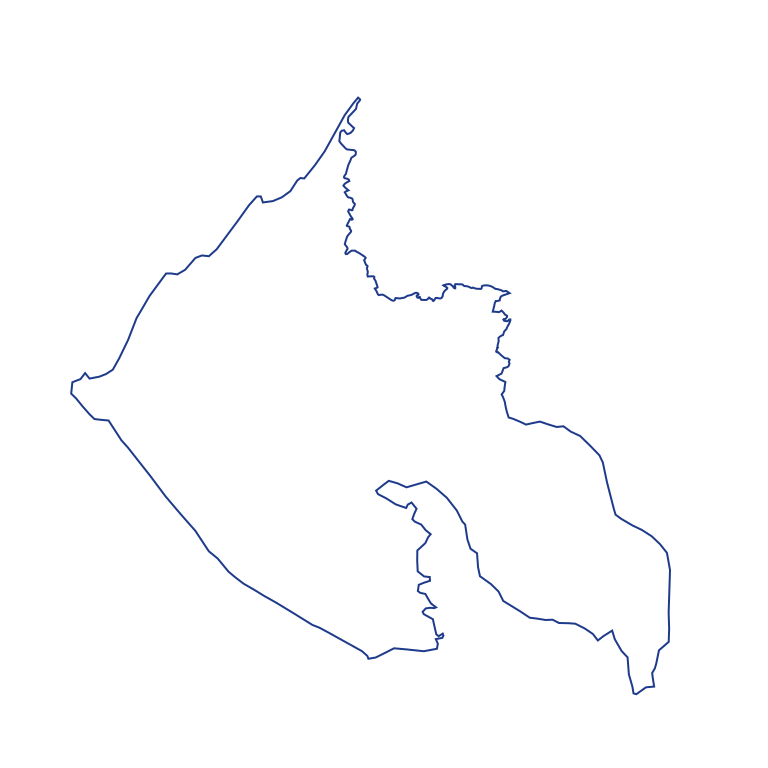 the district of Dugbe River, Sinoe, Liberia, rotated 96°
{"feature_id": "62588387B59492535947478", "entity_name": "Dugbe River", "entity_type": "district", "adm_level": 2, "iso_a3": "LBR", "parent_name": "Liberia", "parent_adm1": "Sinoe", "projection": "natural_earth1", "projection_center": [-8.749, 4.981], "detail": "fine", "context": "isolated", "style": "outline", "palette": "blue", "viewbox_px": 768, "rotation_deg": 96, "n_neighbors": 0, "source": "geoboundaries", "source_scale": "gbopen_adm2", "svg_char_len": 6111}
<svg xmlns="http://www.w3.org/2000/svg" viewBox="0 0 768 768"><g transform="rotate(96 384 384)"><path d="M641.8,303.7L636.7,303.3L632.3,305.8L630.4,299.5L628.0,298.6L626.1,299.5L629.1,303.3L627.5,305.8L621.2,308.0L612.8,310.8L608.8,320.3L606.6,321.8L602.8,319.0L601.7,314.6L601.7,310.8L600.7,308.9L597.4,314.3L593.4,317.4L588.5,320.9L587.9,326.2L586.3,328.7L580.1,328.4L577.4,323.4L574.9,317.7L571.2,318.3L571.2,324.0L566.8,330.9L556.3,332.5L546.7,333.4L546.0,333.4L538.0,326.3L531.8,324.1L528.5,321.9L525.0,327.3L519.9,332.3L517.7,338.9L515.5,341.7L510.4,340.5L504.7,338.6L499.0,344.2L501.4,347.7L505.0,349.0L502.5,359.7L497.4,370.0L494.4,377.8L494.1,378.5L490.9,380.7L484.7,374.4L479.8,369.1L481.4,360.0L482.6,356.4L484.4,350.8L480.9,342.3L476.6,331.7L482.8,320.7L490.6,309.6L502.3,298.3L512.6,291.7L515.3,288.6L529.9,284.8L538.8,280.7L541.8,275.3L542.6,273.8L556.4,271.3L565.1,268.5L571.9,256.6L578.4,248.4L587.3,242.7L596.0,224.5L601.2,214.6L601.3,207.7L601.8,198.6L600.8,191.7L603.4,185.0L602.6,175.3L602.4,168.7L606.1,158.9L610.8,150.1L616.7,144.5L611.8,139.4L605.4,131.3L613.7,127.8L624.7,119.8L630.4,113.2L647.2,110.1L658.8,105.4L665.6,103.5L666.1,100.6L658.3,91.8L656.9,84.8L656.7,83.7L648.5,85.9L643.4,87.1L638.5,84.9L633.4,84.0L620.1,82.7L610.7,73.9L597.9,74.8L581.7,77.0L579.2,77.2L568.1,78.0L560.0,78.6L539.2,80.1L524.6,84.3L522.3,85.0L514.4,92.8L507.4,101.9L502.2,112.3L498.7,122.1L495.8,128.5L493.3,134.0L489.8,140.0L484.6,142.2L458.6,151.9L439.1,158.2L432.4,162.3L423.7,172.7L415.2,183.5L411.9,193.2L407.3,201.1L408.7,207.7L407.0,216.5L405.1,225.0L407.6,232.9L409.5,238.5L407.3,244.8L405.1,252.1L404.3,256.5L398.6,259.0L394.3,260.5L388.9,262.1L384.5,264.3L382.1,265.9L378.3,263.7L374.0,263.7L369.3,263.5L367.1,269.8L364.4,272.9L361.4,268.2L355.7,266.7L354.4,263.2L353.0,261.9L350.6,261.3L349.0,262.2L346.8,261.6L345.7,263.5L345.7,266.6L343.0,270.7L340.3,274.1L340.7,274.6L340.1,275.8L339.1,275.8L337.8,275.2L336.3,275.3L335.8,274.5L335.0,275.0L333.2,275.0L330.5,274.6L329.3,274.4L327.3,274.9L326.1,274.9L324.8,273.7L323.2,271.7L323.0,270.8L320.4,270.2L319.1,269.9L316.6,268.0L313.9,267.2L310.8,265.8L307.8,265.0L306.6,265.1L306.7,266.0L308.5,267.6L308.8,269.2L308.5,271.2L307.4,272.0L306.8,271.4L306.8,270.4L306.0,269.5L304.4,268.7L303.3,268.7L302.2,271.1L300.6,272.4L298.7,274.8L299.5,275.7L300.5,277.2L300.5,280.6L300.7,283.4L298.6,283.1L295.3,282.6L292.0,282.3L289.8,281.5L289.7,280.3L288.8,277.7L287.0,277.6L285.0,277.0L283.8,275.6L280.5,268.6L278.7,272.1L279.4,275.3L278.5,277.1L277.8,280.9L277.7,283.5L276.9,284.6L275.8,287.2L275.3,289.1L275.1,292.1L275.6,295.2L276.4,296.8L278.4,296.9L279.3,297.4L279.4,299.3L279.6,301.5L279.3,303.9L278.8,305.6L279.3,306.5L279.3,307.8L278.6,309.3L278.1,311.6L278.2,314.4L276.8,316.4L276.8,317.8L277.1,321.5L277.3,323.6L278.5,323.9L280.3,323.2L281.4,323.2L281.4,324.0L281.0,324.7L280.2,325.3L279.6,325.7L279.1,326.7L277.9,328.1L277.8,329.8L278.3,332.0L279.2,334.3L279.7,335.3L280.2,334.5L280.7,332.8L281.8,331.1L282.6,331.1L284.3,332.8L285.8,333.9L288.0,334.7L290.8,334.9L292.5,335.8L293.1,337.1L292.9,340.9L293.1,341.7L294.8,342.5L295.9,343.1L296.3,343.8L296.0,344.3L295.1,344.6L294.6,345.3L294.4,346.7L293.6,347.5L293.3,348.2L295.2,349.6L295.9,350.5L296.2,352.1L296.2,353.4L296.4,354.6L296.4,355.7L295.5,356.5L294.4,357.3L293.8,357.4L293.7,358.2L294.7,358.9L294.6,359.8L293.5,360.7L292.6,360.7L291.8,359.4L291.3,359.0L290.7,359.3L290.1,360.0L289.9,361.0L290.1,362.4L292.4,365.8L293.3,368.2L293.8,369.9L295.4,371.9L296.3,373.4L296.4,374.8L297.1,376.4L297.3,378.1L297.3,381.5L299.4,382.1L300.2,383.1L300.1,384.6L299.3,386.3L298.5,387.9L297.7,389.4L296.0,392.7L295.3,394.6L295.4,395.8L295.7,396.9L296.1,398.6L295.2,399.6L292.7,401.0L290.0,403.1L289.2,401.4L288.6,400.5L287.6,400.8L282.3,403.2L281.1,404.1L280.2,404.9L278.5,404.8L278.0,405.6L278.2,407.8L278.8,411.4L276.8,412.0L274.2,411.8L270.5,413.2L268.9,412.6L268.0,413.0L267.5,414.2L266.4,414.9L262.9,416.7L261.1,415.6L260.3,415.5L259.2,416.9L258.5,418.3L256.4,422.3L255.3,425.2L254.4,426.6L254.6,428.2L254.7,430.0L256.3,432.0L258.6,434.2L258.8,435.5L257.7,436.2L255.2,435.3L253.4,434.4L252.7,434.5L251.4,435.4L249.1,437.6L247.5,437.4L244.0,436.7L241.0,436.0L238.5,434.4L236.0,432.7L235.1,432.7L233.3,434.1L231.7,434.6L231.1,435.1L230.8,437.2L230.3,437.6L225.1,435.6L223.5,435.0L224.0,433.3L223.5,432.4L222.7,432.7L220.8,434.4L218.7,435.9L217.8,436.5L216.1,437.7L214.2,437.1L214.1,436.4L214.6,434.6L214.4,433.6L213.4,433.5L211.9,433.1L210.6,432.4L209.2,431.9L208.0,431.8L206.5,433.6L205.0,434.2L203.6,434.5L202.7,435.4L202.3,437.2L202.0,439.4L201.4,440.0L197.4,443.1L196.5,442.1L195.1,439.6L194.1,441.1L192.7,443.1L191.0,445.1L189.4,444.3L188.6,443.5L187.5,442.3L185.8,439.7L184.4,440.4L183.8,441.8L183.4,444.6L182.6,445.5L180.9,445.0L179.1,443.9L174.2,443.1L170.0,442.4L164.9,440.7L162.4,440.1L160.8,438.1L159.4,436.5L158.0,436.1L155.9,436.3L155.0,437.4L154.6,438.2L154.6,442.3L154.6,445.1L153.9,446.6L151.9,448.9L149.5,451.7L147.2,453.8L142.6,453.8L138.5,453.8L136.6,452.6L135.8,450.2L138.0,448.3L139.3,446.7L138.0,443.7L135.1,441.4L132.6,440.5L131.0,442.8L127.8,446.9L125.5,447.5L122.1,447.3L117.3,443.6L113.3,440.6L108.0,440.0L104.2,437.5L103.5,437.5L101.9,439.7L108.0,443.8L120.8,451.2L158.8,467.3L173.5,475.5L187.9,484.8L187.9,488.7L190.6,491.5L202.0,497.3L209.0,505.1L213.7,513.6L216.1,523.4L210.4,526.1L210.7,530.0L220.4,537.0L236.8,546.3L267.5,564.5L275.2,571.5L275.2,578.5L278.3,584.7L291.2,593.7L296.6,601.1L296.3,607.3L296.9,612.3L321.0,626.4L338.6,634.3L344.1,636.9L366.9,643.1L386.3,650.1L398.1,655.2L400.4,658.1L403.1,661.4L406.4,667.7L409.4,677.4L404.4,682.4L410.8,686.3L414.8,694.1L426.3,694.1L430.5,688.7L437.6,681.6L444.8,673.8L449.1,668.3L449.2,661.9L449.1,654.1L467.5,639.2L474.2,631.8L487.5,618.9L500.0,606.7L518.6,589.5L534.8,572.5L549.9,556.1L552.5,554.0L568.7,540.7L575.0,531.1L586.9,519.0L589.8,514.7L591.8,511.7L597.3,502.7L602.6,490.8L607.4,480.8L612.5,468.9L620.8,451.3L631.1,430.0L633.1,422.8L637.1,413.0L652.0,378.0L656.2,372.1L658.9,370.8L656.9,363.7L649.9,352.7L645.8,346.4L645.6,334.4L645.6,316.5L641.8,303.7Z" fill="none" stroke="#1e3a8a" stroke-width="2"/></g></svg>